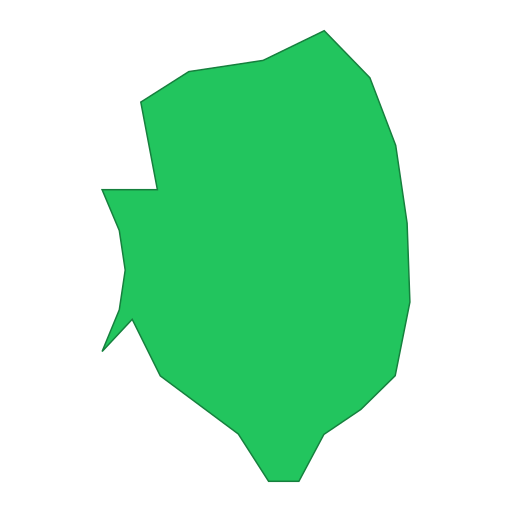 the state/province of Brava
{"feature_id": "CPV-5041", "entity_name": "Brava", "entity_type": "state/province", "adm_level": 1, "iso_a3": "CPV", "parent_name": "Cabo Verde", "parent_adm1": "", "projection": "robinson", "projection_center": [-24.723, 14.852], "detail": "fine", "context": "isolated", "style": "filled", "palette": "green", "viewbox_px": 512, "rotation_deg": 0, "n_neighbors": 0, "source": "natural_earth", "source_scale": "10m", "svg_char_len": 403}
<svg xmlns="http://www.w3.org/2000/svg" viewBox="0 0 512 512"><path d="M324.2,30.7L369.9,77.8L395.7,145.4L407.1,223.2L409.9,302.1L395.2,375.7L360.9,409.4L323.9,434.4L298.9,481.3L268.6,481.3L238.3,434.0L160.3,375.9L132.2,319.3L102.1,351.5L119.3,309.8L125.2,270.1L119.3,230.5L102.1,189.7L157.4,189.7L140.8,102.1L188.8,71.6L263.1,60.4L324.2,30.7Z" fill="#22c55e" stroke="#15803d" stroke-width="1.5"/></svg>